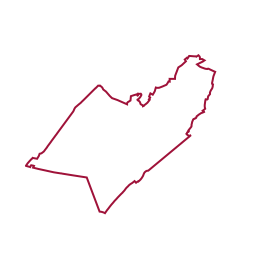 outline of Son en Breugel, Noord-Brabant, Netherlands, rotated 321°
{"feature_id": "6326949B33588539709853", "entity_name": "Son en Breugel", "entity_type": "district", "adm_level": 2, "iso_a3": "NLD", "parent_name": "Netherlands", "parent_adm1": "Noord-Brabant", "projection": "natural_earth1", "projection_center": [5.494, 51.518], "detail": "fine", "context": "isolated", "style": "outline", "palette": "rose", "viewbox_px": 256, "rotation_deg": 321, "n_neighbors": 0, "source": "geoboundaries", "source_scale": "gbopen_adm2", "svg_char_len": 5383}
<svg xmlns="http://www.w3.org/2000/svg" viewBox="0 0 256 256"><g transform="rotate(321 128 128)"><path d="M56.5,179.7L57.5,179.4L59.9,178.7L62.2,178.2L64.6,177.6L66.9,177.1L69.3,176.7L71.7,176.2L74.1,175.9L76.5,175.5L78.9,175.2L81.4,174.9L83.1,174.8L83.3,174.7L85.4,174.4L85.9,174.3L86.4,174.2L87.0,174.0L88.6,173.6L89.3,173.5L90.0,173.4L90.5,173.4L91.6,173.3L92.4,173.1L93.6,173.1L94.2,173.1L94.5,173.1L95.3,173.2L96.7,173.4L99.7,173.4L99.8,175.6L100.6,175.6L102.4,175.8L102.4,176.1L103.1,176.1L103.7,176.1L104.4,176.0L105.0,176.0L105.3,175.9L106.0,175.8L106.3,175.7L106.9,175.6L107.5,175.4L107.8,175.3L108.4,175.1L108.9,174.9L109.5,174.7L109.9,174.5L110.2,174.3L110.7,174.0L111.2,173.7L111.6,173.5L111.9,173.4L112.2,173.2L112.5,173.1L112.8,173.0L113.0,173.0L113.4,172.9L113.8,172.9L114.2,172.9L114.6,172.9L114.8,172.9L115.1,173.0L115.5,173.1L115.8,173.2L116.1,173.4L116.5,173.6L116.9,173.9L172.4,173.2L172.0,173.0L171.2,172.9L170.8,172.8L170.6,172.7L170.4,172.4L170.2,171.8L170.1,171.6L170.0,171.2L169.7,170.1L169.7,169.4L170.2,169.4L170.3,169.3L170.8,169.0L171.0,168.8L171.2,168.7L171.3,168.7L171.5,168.7L171.9,168.8L172.3,169.0L172.6,169.0L172.7,168.9L172.9,168.9L172.9,168.7L172.5,168.6L172.4,168.6L172.7,168.3L173.0,168.2L173.3,167.9L173.5,167.9L173.6,168.0L174.0,167.9L174.0,168.0L174.2,167.9L174.4,167.7L174.5,167.6L174.8,167.6L177.5,167.0L177.8,166.9L178.2,166.8L178.4,166.6L179.0,166.0L179.6,165.3L180.6,164.6L181.4,163.9L181.8,163.6L183.3,162.8L183.6,162.6L184.0,162.5L184.1,162.4L184.4,162.3L184.5,162.3L184.9,162.4L185.0,162.5L185.4,162.7L185.7,162.8L185.9,162.8L186.0,162.8L186.2,162.7L186.4,162.7L186.5,162.7L186.7,162.8L186.9,163.0L187.1,163.0L187.5,162.9L187.9,162.7L188.5,162.2L188.9,162.1L189.6,162.2L190.2,162.2L190.5,162.2L190.9,162.1L191.7,162.2L192.7,162.3L193.6,162.4L193.9,162.4L194.3,162.5L195.7,163.0L197.2,163.4L197.3,163.1L197.2,162.8L196.9,161.6L198.6,161.6L200.1,161.6L200.9,159.9L202.1,158.4L205.4,155.3L206.4,154.6L206.9,155.2L207.0,155.3L207.3,155.4L207.4,155.5L207.5,155.4L208.2,155.4L208.3,155.5L210.1,153.9L210.3,153.8L210.5,153.8L210.7,153.7L213.0,153.3L213.3,153.0L213.8,152.2L214.0,152.0L214.6,151.7L215.2,151.3L216.0,151.0L216.4,150.8L216.7,150.7L217.4,150.5L218.3,150.2L218.6,150.0L219.1,149.7L220.0,149.0L220.4,148.6L220.5,148.5L220.6,148.3L221.5,147.6L221.3,146.7L221.2,146.5L221.3,146.4L221.8,145.8L222.8,145.0L224.4,143.7L225.2,143.0L226.8,141.7L227.4,141.3L229.0,140.4L231.1,139.2L230.1,137.3L227.9,132.7L227.6,132.3L227.4,132.2L227.1,132.1L226.8,132.1L225.9,131.2L225.4,130.6L225.1,130.2L224.2,128.7L223.5,127.6L223.1,126.9L222.8,126.2L222.6,125.9L222.4,125.4L222.4,125.2L222.2,124.6L221.8,122.6L221.7,122.0L227.8,123.4L228.5,123.5L229.0,123.5L230.0,123.6L229.1,121.2L227.3,119.7L228.0,118.8L228.4,118.2L228.5,117.8L228.6,117.5L228.5,115.8L227.4,115.7L226.8,115.6L226.4,115.6L226.0,115.6L225.6,114.8L224.7,114.1L220.9,110.5L220.7,110.5L218.9,111.2L218.0,111.4L218.0,111.2L218.0,110.5L215.2,110.5L215.0,112.6L209.2,113.0L205.2,112.6L197.5,117.1L195.4,119.4L191.3,116.0L189.6,118.2L188.8,117.3L186.8,118.1L185.7,118.4L185.1,118.6L181.9,117.7L181.1,117.5L179.9,117.1L178.6,116.7L178.1,116.5L177.7,116.4L177.3,116.2L177.0,115.9L176.6,115.7L175.7,114.9L175.6,114.7L175.4,114.6L175.1,114.1L174.8,114.3L174.6,114.4L172.2,116.1L171.9,116.3L169.6,117.2L168.2,117.7L167.9,117.0L167.8,116.7L167.7,116.4L167.2,115.2L165.7,116.0L164.2,116.9L164.4,118.2L163.2,118.6L163.2,118.8L162.2,119.0L162.3,119.6L162.4,119.8L161.8,120.0L161.4,120.0L161.0,120.1L160.6,120.2L160.1,120.3L159.8,120.4L159.4,120.5L158.6,120.6L158.3,120.6L157.4,120.6L157.1,120.6L156.6,120.6L156.2,120.6L153.6,120.4L153.6,120.6L153.3,120.5L153.6,120.0L153.7,119.7L153.6,119.3L153.5,119.2L153.4,119.0L153.3,118.6L153.1,118.3L152.9,117.5L152.9,117.3L152.9,117.0L153.0,116.9L153.2,116.4L153.3,116.2L153.6,115.2L153.6,114.8L153.6,114.2L153.5,113.9L153.4,113.6L153.3,113.2L153.1,112.8L153.0,112.6L153.1,112.0L153.4,111.9L153.5,111.9L154.2,112.1L154.7,112.1L155.1,112.0L156.4,111.8L157.2,111.6L157.7,111.4L158.4,111.1L158.8,111.0L159.2,110.7L159.4,110.4L159.5,110.1L159.5,109.9L159.5,109.7L159.5,109.4L159.4,109.3L159.0,109.1L158.1,108.5L157.9,108.2L157.5,107.7L157.0,108.1L156.8,108.6L156.3,108.9L155.8,108.8L155.8,108.5L156.0,108.1L156.5,107.5L154.6,106.8L154.0,106.5L153.2,106.2L150.3,105.1L147.2,108.2L146.4,108.1L144.7,107.9L144.2,107.8L143.5,107.9L143.2,108.0L142.9,108.1L142.7,108.4L142.2,109.0L138.2,101.2L137.6,100.0L136.9,98.8L136.4,98.0L135.1,95.9L134.8,95.4L134.6,95.0L134.4,94.8L134.0,91.7L133.8,85.8L133.0,82.5L133.3,81.1L133.4,80.9L133.4,79.6L132.9,77.4L132.5,77.4L131.8,76.6L131.5,76.3L127.8,76.7L127.7,76.6L126.8,76.7L125.7,76.8L124.7,76.9L111.1,78.3L108.6,78.5L107.1,78.7L104.4,78.7L101.4,78.8L100.8,78.8L100.4,78.8L99.8,78.9L99.5,79.0L98.9,79.2L98.2,79.5L96.7,80.3L96.3,80.5L95.8,80.7L74.4,86.3L73.2,86.6L70.6,87.3L69.8,87.5L68.1,88.0L67.5,88.1L63.3,89.2L60.2,90.0L59.6,90.2L53.4,91.8L53.1,92.0L50.1,92.7L47.8,93.3L44.8,93.2L43.7,92.7L43.1,92.4L41.1,93.6L38.0,94.7L35.2,91.4L35.1,91.2L34.2,91.4L33.6,91.5L33.4,91.4L30.5,91.8L28.8,92.1L27.7,92.3L25.0,93.1L24.9,93.3L27.3,96.6L27.4,96.8L28.2,96.4L29.3,96.0L30.8,97.8L31.1,98.3L29.3,99.1L32.4,103.2L37.3,109.3L42.5,115.8L47.1,120.9L47.4,121.1L48.2,122.1L55.2,129.9L64.0,139.6L64.8,140.5L61.6,150.1L53.4,174.8L53.3,175.1L54.5,176.3L55.1,177.1L56.0,178.5L56.5,179.7Z" fill="none" stroke="#9f1239" stroke-width="2"/></g></svg>